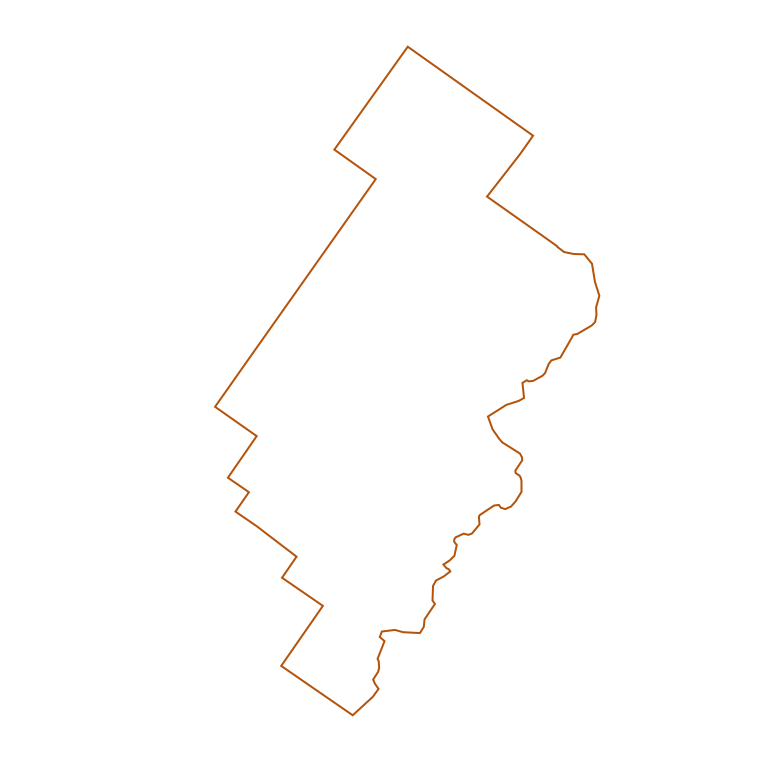 outline of Clark, Idaho, United States of America, rotated 125°
{"feature_id": "52423323B27983791088415", "entity_name": "Clark", "entity_type": "district", "adm_level": 2, "iso_a3": "USA", "parent_name": "United States of America", "parent_adm1": "Idaho", "projection": "orthographic", "projection_center": [-112.256, 44.271], "detail": "fine", "context": "isolated", "style": "outline", "palette": "amber", "viewbox_px": 768, "rotation_deg": 125, "n_neighbors": 0, "source": "geoboundaries", "source_scale": "gbopen_adm2", "svg_char_len": 1387}
<svg xmlns="http://www.w3.org/2000/svg" viewBox="0 0 768 768"><g transform="rotate(125 384 384)"><path d="M95.1,404.3L94.1,558.0L220.5,559.1L220.9,508.3L448.3,509.2L499.6,509.3L499.7,458.4L550.3,458.1L550.1,432.6L573.7,432.5L573.5,406.9L575.6,356.6L601.2,356.4L600.8,306.8L673.9,306.5L673.3,219.6L646.4,213.7L636.9,213.6L634.7,219.5L632.3,223.4L623.2,223.7L619.4,225.1L614.1,229.3L612.9,231.6L594.3,236.1L593.7,242.3L588.0,243.8L579.2,234.0L576.3,225.9L567.4,211.7L560.1,212.1L553.5,215.8L535.0,216.1L533.5,220.1L521.3,228.0L515.2,228.7L507.4,224.7L499.5,222.2L498.6,224.5L499.0,227.4L497.8,231.8L490.9,229.0L484.4,227.8L474.2,232.0L473.0,236.0L470.7,237.4L468.6,237.4L460.9,232.9L459.2,228.4L456.1,226.2L444.3,225.2L438.0,230.3L436.3,230.3L420.5,224.2L417.2,220.6L418.3,217.3L416.9,212.9L411.6,209.7L405.0,208.9L393.5,209.5L384.5,215.8L382.3,218.3L381.4,220.3L381.4,225.1L379.7,226.7L367.3,227.0L365.0,228.8L363.0,232.7L364.0,253.7L363.0,257.7L358.9,269.0L351.0,280.2L330.9,271.8L320.5,263.9L315.1,261.3L303.7,271.2L299.0,269.2L298.8,266.9L296.0,263.7L286.3,258.9L282.7,258.3L273.1,260.6L268.6,260.4L261.2,254.7L238.8,256.7L235.0,257.2L232.2,254.4L216.9,247.4L212.2,246.6L205.5,249.6L199.6,254.2L188.2,258.2L179.4,269.7L166.2,282.6L162.9,294.3L168.7,303.2L172.6,312.2L172.3,320.5L171.8,321.1L171.4,407.1L118.3,404.4L95.1,404.3Z" fill="none" stroke="#b45309" stroke-width="2"/></g></svg>